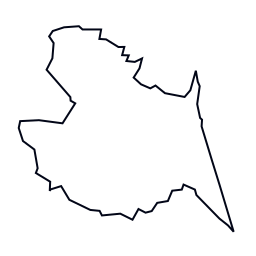 the district of Lincoln, West Virginia, United States of America, rotated 272°
{"feature_id": "52423323B93736628655391", "entity_name": "Lincoln", "entity_type": "district", "adm_level": 2, "iso_a3": "USA", "parent_name": "United States of America", "parent_adm1": "West Virginia", "projection": "orthographic", "projection_center": [-82.056, 38.16], "detail": "fine", "context": "isolated", "style": "outline", "palette": "ink", "viewbox_px": 256, "rotation_deg": 272, "n_neighbors": 0, "source": "geoboundaries", "source_scale": "gbopen_adm2", "svg_char_len": 951}
<svg xmlns="http://www.w3.org/2000/svg" viewBox="0 0 256 256"><g transform="rotate(272 128 128)"><path d="M28.0,237.2L74.0,221.6L99.2,212.8L132.2,201.5L138.9,201.7L140.6,199.7L154.3,196.3L172.3,198.2L176.7,196.1L187.6,193.8L167.9,189.0L161.0,183.5L164.1,163.7L171.4,154.0L168.4,148.9L172.1,139.5L178.6,131.9L188.0,137.4L198.0,139.6L194.3,132.5L194.9,124.1L200.6,126.2L200.6,119.6L208.9,121.5L208.6,115.6L215.8,103.0L216.0,96.3L225.5,97.7L224.9,79.1L228.0,75.4L226.4,60.6L222.3,49.4L216.8,46.0L210.3,50.7L195.0,50.0L183.4,44.6L156.9,69.3L153.3,69.7L150.8,74.4L130.4,62.4L132.7,38.7L131.1,20.0L124.2,18.8L111.3,23.5L103.2,35.2L84.6,39.1L79.8,37.5L71.6,52.1L62.4,52.0L63.9,52.7L67.6,63.2L54.2,71.9L44.8,93.2L44.2,102.5L39.7,105.0L42.1,123.3L36.5,135.7L47.4,141.3L44.0,148.5L45.8,154.6L54.2,159.8L56.4,170.4L66.9,174.4L68.3,183.9L73.4,185.5L68.8,197.0L63.4,198.7L40.7,222.5L34.1,231.4L28.0,237.2Z" fill="none" stroke="#020617" stroke-width="2"/></g></svg>